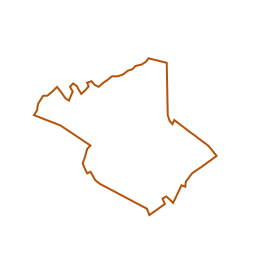 Princesa, Santa Catarina, Brazil (Albers equal-area conic projection), rotated 20°
{"feature_id": "56859067B63581322441845", "entity_name": "Princesa", "entity_type": "district", "adm_level": 2, "iso_a3": "BRA", "parent_name": "Brazil", "parent_adm1": "Santa Catarina", "projection": "albers", "projection_center": [-53.626, -26.429], "detail": "fine", "context": "isolated", "style": "outline", "palette": "amber", "viewbox_px": 256, "rotation_deg": 20, "n_neighbors": 0, "source": "geoboundaries", "source_scale": "gbopen_adm2", "svg_char_len": 967}
<svg xmlns="http://www.w3.org/2000/svg" viewBox="0 0 256 256"><g transform="rotate(20 128 128)"><path d="M37.2,126.8L36.2,131.4L35.2,136.1L36.5,142.5L35.2,148.1L63.6,148.7L98.7,157.3L96.8,161.5L97.5,170.2L97.5,176.8L101.4,181.0L105.2,184.6L107.8,181.9L111.2,184.9L114.9,188.1L120.6,190.1L173.4,197.4L177.9,202.5L188.6,186.8L184.6,182.5L187.4,179.3L192.0,181.0L196.0,183.0L197.9,163.5L201.9,163.6L200.7,158.7L203.8,148.5L210.4,139.4L220.8,123.9L210.2,117.5L206.5,116.2L198.9,114.0L194.6,112.6L187.5,110.6L168.7,104.7L168.4,109.1L164.7,107.1L160.9,102.2L142.1,53.5L123.4,55.5L122.2,59.6L118.9,63.9L113.9,67.1L112.0,71.3L108.2,74.3L105.0,79.4L100.6,83.0L95.3,84.9L92.3,89.8L89.2,94.1L86.4,99.3L81.9,98.9L77.7,96.5L74.1,99.4L76.8,102.4L74.9,107.3L72.4,111.9L68.6,108.9L65.4,106.0L61.2,104.9L59.4,109.1L63.6,112.6L63.3,117.8L63.2,122.4L59.0,121.5L55.5,119.0L51.5,116.2L47.2,113.7L44.3,119.9L41.2,125.2L37.2,126.8Z" fill="none" stroke="#b45309" stroke-width="2"/></g></svg>